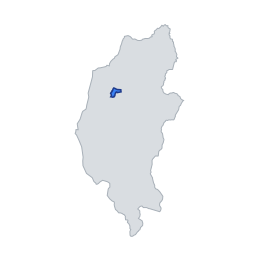 location of Bayancagaan, Bayanhongor, Mongolia, rotated 97°
{"feature_id": "93677404B22663539773144", "entity_name": "Bayancagaan", "entity_type": "district", "adm_level": 2, "iso_a3": "MNG", "parent_name": "Mongolia", "parent_adm1": "Bayanhongor", "projection": "orthographic", "projection_center": [98.843, 45.297], "detail": "fine", "context": "in_parent", "style": "filled", "palette": "blue", "viewbox_px": 256, "rotation_deg": 97, "n_neighbors": 0, "source": "geoboundaries", "source_scale": "gbopen_adm2", "svg_char_len": 4098}
<svg xmlns="http://www.w3.org/2000/svg" viewBox="0 0 256 256"><g transform="rotate(97 128 128)"><path d="M21.7,100.8L22.5,100.9L23.8,100.1L24.1,98.9L24.6,98.2L27.5,98.3L28.7,98.8L29.0,98.0L29.8,98.7L30.5,98.5L31.0,98.2L31.6,97.4L32.5,97.6L34.3,96.8L34.5,94.9L35.2,94.5L36.7,94.3L37.0,93.5L37.3,93.3L38.4,93.2L40.4,92.4L41.3,92.4L42.0,91.7L43.8,90.8L46.3,90.5L46.6,90.0L49.0,88.5L51.5,88.6L52.3,87.2L52.6,87.0L54.2,88.9L54.9,88.8L55.2,88.1L56.3,88.2L56.6,89.5L57.2,90.0L64.4,90.9L64.6,91.4L64.9,94.3L66.1,95.7L66.4,96.4L68.4,96.3L69.6,97.4L71.3,97.4L72.2,97.8L74.0,96.8L74.4,96.8L74.9,97.4L75.7,97.0L77.3,98.1L78.5,97.9L79.1,98.3L79.9,98.0L81.6,98.4L83.0,99.9L84.0,99.8L85.2,98.8L85.5,98.2L87.2,97.8L88.2,97.2L88.9,96.5L89.8,94.3L90.0,92.0L89.2,91.6L88.5,90.9L88.0,89.6L88.0,88.8L87.2,87.4L87.3,86.8L87.8,85.7L88.0,83.8L88.6,82.8L89.7,82.3L89.9,81.6L90.6,80.2L92.4,79.4L93.4,77.8L93.9,76.2L94.8,77.0L97.1,78.1L99.1,78.6L100.3,79.8L103.7,80.0L109.5,82.6L110.7,82.4L114.1,83.4L114.4,83.8L114.5,85.8L114.8,86.4L115.0,88.6L115.7,89.7L115.6,91.0L115.9,91.4L116.7,91.6L118.2,92.9L121.3,93.7L122.2,94.5L124.4,95.0L125.4,94.6L127.2,94.7L127.9,94.5L128.9,93.4L129.6,93.0L133.5,91.9L134.6,91.1L135.3,90.9L138.5,91.3L140.7,92.1L143.9,91.8L145.5,92.8L146.2,93.8L147.5,94.6L151.9,94.6L152.2,94.8L152.4,97.1L152.6,97.5L155.8,99.7L157.2,100.2L161.2,99.6L167.6,100.4L169.0,99.7L170.4,100.3L170.9,100.2L174.6,97.5L175.2,97.5L179.2,96.0L181.7,94.5L183.6,94.3L185.0,93.1L185.4,91.2L187.5,88.6L191.5,85.1L194.3,85.0L196.1,85.6L198.2,87.1L199.3,87.4L201.1,87.2L203.4,85.4L204.8,85.4L206.2,85.7L207.2,86.4L205.4,96.9L205.5,97.5L204.7,99.8L205.1,103.1L203.7,104.6L204.3,106.3L204.9,106.9L207.1,108.4L207.7,108.0L208.0,107.1L208.9,106.2L210.7,106.0L212.2,105.4L214.4,105.5L216.5,106.6L218.4,102.7L220.7,101.7L223.0,101.6L225.2,103.4L227.5,103.8L228.4,104.9L229.3,105.2L229.7,105.8L232.9,107.6L233.8,109.2L234.8,110.1L235.1,111.4L235.1,112.0L234.2,112.9L230.6,113.5L228.3,112.9L227.7,113.8L224.9,114.2L223.5,115.1L222.6,115.8L222.1,116.7L221.7,117.1L221.2,117.1L220.3,116.7L219.6,116.9L219.4,117.1L219.4,119.2L217.1,119.8L216.2,119.7L214.5,121.1L214.4,122.0L213.6,123.3L213.1,125.6L213.4,126.4L213.3,127.0L211.7,128.5L210.4,130.5L207.0,132.0L205.4,132.4L204.1,132.3L203.0,132.8L202.4,134.8L200.5,137.6L197.5,140.4L191.2,140.2L190.4,140.0L188.9,138.8L185.3,139.3L184.5,140.4L183.8,142.0L183.0,146.8L184.8,149.1L186.7,150.6L187.5,151.7L187.7,152.7L186.6,153.3L185.3,155.3L181.7,157.4L178.1,163.7L170.9,168.1L166.2,168.9L162.4,169.0L152.3,171.7L145.9,175.3L141.1,178.3L140.1,179.6L139.6,179.8L138.7,179.4L135.9,179.4L135.8,177.3L130.0,178.9L125.1,176.6L118.3,175.4L116.9,174.9L114.5,172.1L113.2,171.8L110.2,171.7L102.0,170.7L98.2,171.8L81.6,169.5L75.5,170.0L75.3,169.7L75.0,167.9L72.2,165.0L71.9,164.3L71.8,163.2L69.7,157.4L68.3,156.5L68.6,154.1L66.4,154.2L64.0,153.2L61.6,151.4L60.5,150.0L58.8,149.6L56.8,147.2L55.9,146.7L50.8,145.5L48.2,145.5L45.5,144.7L42.4,144.3L41.4,143.8L40.5,143.8L38.7,142.6L37.5,142.7L36.3,139.2L36.9,137.2L37.6,136.1L39.2,134.4L39.2,133.7L38.8,132.0L39.9,129.1L39.8,127.3L39.2,125.1L38.2,124.5L37.0,121.6L36.8,119.3L36.3,117.8L34.9,116.7L34.6,115.3L34.1,115.2L33.7,115.6L32.8,115.7L32.0,114.7L31.6,113.7L31.1,113.4L30.1,113.3L29.2,113.7L28.2,113.3L27.5,112.4L25.4,110.8L25.5,109.8L25.2,109.1L24.6,108.8L24.0,108.1L21.9,106.9L22.0,106.5L22.7,105.5L21.3,104.5L20.9,103.5L21.9,102.4L21.6,101.6L21.7,100.8Z" fill="#d9dde1" stroke="#a8b0b8" stroke-width="1"/><path d="M93.0,139.3L90.9,139.8L91.0,141.8L91.1,142.9L91.1,143.5L90.5,145.4L90.2,146.0L90.0,147.0L90.3,147.2L90.5,147.3L90.8,147.5L91.7,147.7L92.3,147.8L92.5,147.8L92.8,147.9L92.8,148.0L93.0,148.2L93.0,148.3L93.3,148.5L93.7,148.4L93.8,148.5L94.1,148.5L94.4,148.6L94.6,149.0L94.9,149.1L95.6,149.5L95.8,149.5L96.5,148.8L97.1,148.7L97.6,148.4L98.3,148.6L98.6,148.7L98.9,148.8L99.1,148.9L99.2,147.3L99.2,147.2L99.3,147.0L98.9,145.8L98.3,145.8L98.3,145.4L97.6,145.0L96.1,145.0L95.8,144.9L95.3,144.8L95.0,144.7L94.7,144.7L94.0,144.3L93.7,144.0L93.6,143.6L93.7,143.3L94.2,143.0L93.0,139.3Z" fill="#3b82f6" stroke="#1e3a8a" stroke-width="1.5"/></g></svg>